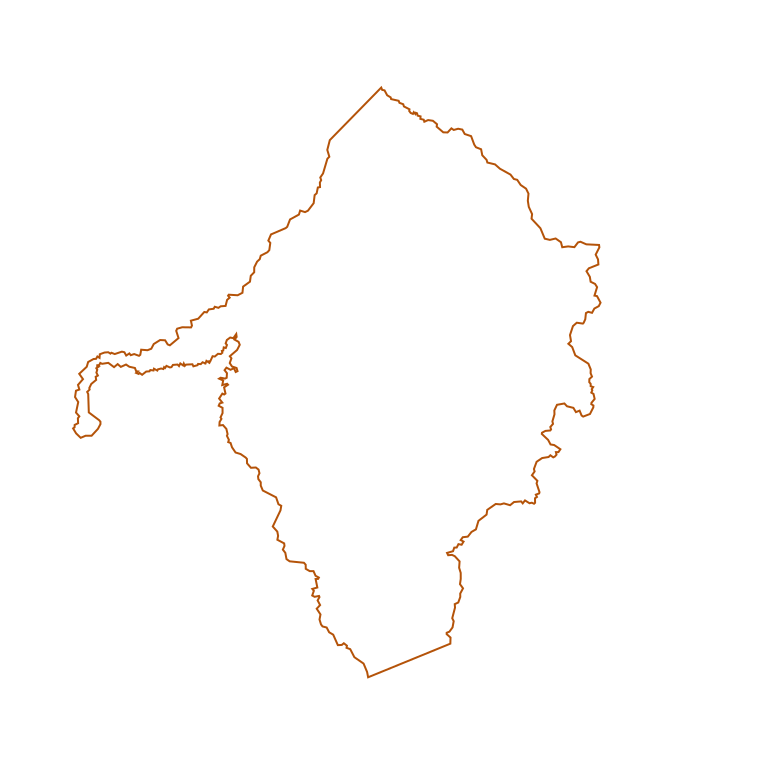 the district of Lábrea, Amazonas, Brazil, rotated 314°
{"feature_id": "56859067B73498292835260", "entity_name": "Lábrea", "entity_type": "district", "adm_level": 2, "iso_a3": "BRA", "parent_name": "Brazil", "parent_adm1": "Amazonas", "projection": "mercator", "projection_center": [-66.154, -8.383], "detail": "fine", "context": "isolated", "style": "outline", "palette": "amber", "viewbox_px": 768, "rotation_deg": 314, "n_neighbors": 0, "source": "geoboundaries", "source_scale": "gbopen_adm2", "svg_char_len": 6166}
<svg xmlns="http://www.w3.org/2000/svg" viewBox="0 0 768 768"><g transform="rotate(314 384 384)"><path d="M592.9,483.3L595.2,476.2L593.8,474.0L601.7,470.0L602.6,466.3L601.1,461.6L604.1,457.6L605.8,451.3L609.6,451.0L618.9,455.2L622.3,451.4L624.1,446.4L631.9,444.0L633.4,442.1L625.0,432.5L622.8,426.5L620.6,425.2L614.7,425.9L610.9,420.9L606.2,417.2L608.9,412.8L607.9,406.4L602.9,403.2L600.2,398.7L604.7,388.3L605.4,375.3L609.1,372.5L612.0,365.1L615.7,360.2L621.3,355.7L623.2,350.5L622.1,344.1L623.4,338.0L621.7,335.0L622.5,329.5L619.4,317.9L619.1,311.3L615.1,304.5L616.5,302.1L616.8,295.8L620.3,290.8L618.2,285.7L618.9,282.6L622.8,274.5L619.9,268.4L621.4,263.6L619.1,260.0L615.2,257.7L614.7,254.9L609.1,255.0L606.2,251.8L605.7,243.1L607.7,241.7L607.3,236.3L604.5,232.4L600.7,230.8L601.7,229.0L600.0,226.0L601.9,224.4L600.4,221.8L601.7,219.7L601.2,218.5L600.0,219.0L600.2,216.6L598.4,217.2L597.5,214.9L597.9,212.5L599.3,211.5L597.5,205.5L598.6,203.5L597.0,199.8L597.9,197.8L593.9,191.2L594.8,189.7L593.9,185.7L595.6,180.4L594.3,178.4L595.3,176.1L521.8,175.6L513.0,180.6L509.5,186.8L506.7,186.8L493.1,193.9L488.3,194.7L487.0,197.2L484.4,197.9L481.2,201.2L479.4,199.9L474.4,203.1L471.7,202.9L465.2,207.8L455.8,208.9L452.8,207.8L450.5,203.2L446.8,205.1L437.1,202.1L429.8,205.2L427.9,205.0L413.1,198.8L406.8,201.2L406.5,204.2L400.6,208.5L397.8,208.6L390.7,206.2L387.5,207.9L383.9,207.7L377.8,209.6L374.2,213.0L369.3,213.0L364.5,216.5L356.2,215.0L351.3,218.8L346.2,217.1L340.4,210.3L339.2,210.5L338.9,213.0L335.5,212.7L330.1,215.8L326.4,212.5L323.8,212.0L322.0,208.6L319.8,209.2L316.0,206.2L312.4,206.8L311.0,204.7L301.9,205.0L295.4,201.1L292.6,205.3L290.7,205.9L284.6,199.4L280.1,196.8L277.9,197.6L274.3,204.3L263.1,203.1L262.2,200.9L263.4,196.2L260.1,192.4L252.8,190.6L247.7,192.1L244.0,190.4L240.0,185.5L235.7,188.4L234.1,188.2L232.0,183.5L228.8,181.8L229.1,179.6L225.4,178.8L226.5,175.2L225.2,173.0L218.5,169.5L217.1,166.2L215.8,166.1L215.3,163.6L212.5,161.1L208.0,158.9L205.2,161.2L204.7,158.7L202.1,159.4L200.2,157.7L194.3,155.9L189.9,158.2L179.6,157.7L178.4,164.1L170.8,164.5L168.4,168.7L165.2,167.1L160.0,170.8L158.6,176.6L149.5,182.3L149.1,187.3L146.7,187.6L143.3,191.2L139.7,189.9L137.9,191.5L136.1,191.2L134.6,196.8L134.6,203.2L139.5,205.3L143.7,209.6L153.0,209.4L158.2,207.9L159.9,206.2L160.1,204.3L158.5,191.4L171.3,178.2L172.1,176.0L175.5,176.1L176.4,174.8L180.7,173.4L187.0,174.1L188.9,171.6L191.3,172.3L192.4,169.2L195.1,167.8L195.5,166.1L197.8,166.6L197.2,165.7L198.3,164.7L199.8,166.0L202.1,165.3L202.7,167.2L207.7,171.0L208.6,178.1L213.3,178.6L213.5,182.8L218.8,184.9L219.5,188.8L222.5,193.7L221.0,196.9L221.9,198.0L219.8,198.0L220.8,200.5L222.1,200.2L222.6,203.6L227.8,204.3L230.2,206.5L231.7,206.2L233.6,208.8L235.2,207.9L236.2,211.6L237.5,211.2L240.3,212.9L241.5,214.9L243.4,214.1L243.5,215.4L245.9,214.9L247.2,218.5L248.5,219.4L251.1,218.9L254.6,222.0L254.5,224.1L257.3,223.2L257.8,226.6L259.6,225.8L258.7,228.1L260.4,228.1L265.1,232.5L264.3,234.6L268.0,236.8L269.3,236.3L271.0,238.4L273.6,238.4L274.7,241.0L273.9,241.7L277.3,240.2L277.9,243.7L278.9,243.4L278.6,242.2L279.8,243.2L284.9,241.4L286.2,243.2L290.4,243.6L292.2,245.8L294.2,246.0L295.2,244.4L296.4,245.1L299.0,243.3L300.0,245.2L303.0,243.9L303.2,241.9L306.5,240.4L310.6,241.1L312.3,243.8L317.3,243.0L315.5,245.3L312.1,245.6L313.3,250.1L312.0,253.0L306.4,254.7L296.9,253.8L296.5,256.4L291.9,258.5L291.0,262.5L293.1,266.8L291.5,269.7L289.6,269.0L291.1,265.1L287.6,263.7L286.3,259.3L283.2,259.7L282.7,263.5L279.2,266.5L277.5,265.9L275.0,262.1L273.3,261.7L274.8,265.9L270.9,268.4L275.2,271.0L275.1,272.3L270.5,271.3L267.0,276.6L265.4,276.3L264.8,274.4L259.0,275.5L258.3,280.6L255.9,279.3L253.5,280.2L254.7,284.4L250.9,288.1L246.4,289.6L246.0,291.3L242.5,292.1L239.8,294.4L242.6,296.7L242.2,301.8L239.3,306.3L237.6,307.0L236.1,311.2L234.0,312.3L235.0,314.6L232.9,318.6L231.6,324.8L234.0,329.5L235.0,335.6L234.9,337.4L231.8,340.6L231.3,346.5L234.9,349.8L235.3,353.2L233.3,356.4L230.1,357.5L228.3,359.7L227.7,363.6L225.3,365.9L223.2,370.8L227.5,385.1L224.2,391.6L225.0,394.7L221.2,397.3L204.2,403.0L203.7,409.8L201.2,413.3L197.9,415.5L200.0,422.9L198.4,424.9L194.6,426.3L194.0,430.3L190.3,435.5L190.9,439.3L199.8,450.6L199.6,453.2L196.7,456.1L197.8,460.6L200.4,463.3L198.5,468.0L199.5,471.6L198.1,472.0L196.2,470.3L191.3,477.4L186.8,474.8L186.5,477.2L182.0,479.3L182.7,481.9L186.4,484.5L185.9,485.6L182.2,486.6L180.6,491.6L175.6,491.7L174.1,498.4L169.8,501.2L167.3,505.7L166.9,508.2L169.0,511.9L167.3,517.0L168.4,521.6L164.1,532.2L167.0,534.9L169.6,535.2L170.0,539.1L168.2,540.3L169.8,543.9L166.9,552.5L168.7,563.5L165.1,571.9L162.0,576.3L243.3,612.1L247.8,608.0L247.6,602.8L248.6,601.9L251.3,603.1L256.5,602.4L261.8,598.9L262.9,595.8L272.5,590.4L274.8,587.8L278.4,589.2L283.8,586.8L286.2,584.4L291.9,582.8L292.8,577.7L297.1,574.6L301.4,570.4L304.0,565.7L308.9,561.6L309.3,554.5L308.3,551.6L305.4,549.1L306.3,546.7L311.7,549.8L315.1,548.2L316.9,549.9L320.5,548.8L322.3,551.5L325.9,550.7L325.0,547.6L328.5,547.1L332.4,550.3L338.4,549.7L343.3,551.1L351.2,547.0L361.3,548.5L365.2,545.7L375.3,547.7L378.3,551.4L381.4,553.2L384.4,558.9L389.4,559.5L394.8,564.2L394.5,566.7L398.2,566.3L399.3,571.5L401.3,572.8L402.1,575.1L403.5,575.2L406.7,572.0L409.0,572.5L409.9,570.1L413.1,571.6L414.2,571.0L418.5,562.8L420.9,561.6L421.1,553.8L425.7,553.1L427.0,550.9L434.1,547.8L440.6,549.2L445.8,553.1L448.3,553.2L448.8,556.7L450.5,557.3L453.0,557.2L454.4,555.0L456.2,556.8L459.6,556.2L458.3,548.8L456.2,545.8L457.8,540.9L457.7,532.2L458.7,531.5L462.4,532.7L466.1,535.9L467.4,535.7L468.6,533.5L472.7,533.3L474.1,531.1L480.6,527.7L483.3,524.9L489.2,522.9L495.3,527.3L495.1,531.1L498.4,536.8L497.1,541.6L500.7,543.2L498.6,548.0L498.9,549.9L505.5,553.0L512.6,550.8L514.0,549.6L513.5,547.1L514.6,546.3L519.6,545.9L522.4,541.6L521.8,539.1L524.2,538.2L524.6,537.0L527.1,536.6L526.0,534.2L527.7,532.5L527.9,530.4L530.2,528.3L533.8,528.5L535.3,525.1L538.1,522.6L540.6,516.9L537.5,501.7L541.3,493.7L541.0,488.7L544.7,488.8L548.4,483.8L556.9,479.7L562.0,480.1L565.6,485.1L566.8,485.1L570.4,483.8L575.3,480.0L577.8,480.8L579.7,484.2L584.4,482.9L589.2,484.4L592.9,483.3Z" fill="none" stroke="#b45309" stroke-width="2"/></g></svg>